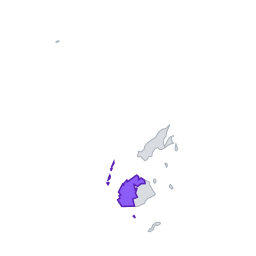 location of Western within Fiji, rotated 341°
{"feature_id": "FJI-2620", "entity_name": "Western", "entity_type": "Division", "adm_level": 1, "iso_a3": "FJI", "parent_name": "Fiji", "parent_adm1": "", "projection": "natural_earth1", "projection_center": [177.638, -19.194], "detail": "coarse", "context": "in_parent", "style": "filled", "palette": "violet", "viewbox_px": 256, "rotation_deg": 341, "n_neighbors": 0, "source": "natural_earth", "source_scale": "10m", "svg_char_len": 2885}
<svg xmlns="http://www.w3.org/2000/svg" viewBox="0 0 256 256"><g transform="rotate(341 128 128)"><path d="M122.0,177.1L122.0,178.5L122.8,179.1L123.6,179.2L125.5,181.9L128.5,184.1L130.4,185.9L130.5,187.4L129.9,189.0L130.7,191.8L131.0,194.8L132.4,199.5L130.5,200.4L127.5,200.5L126.8,201.3L125.8,200.8L123.4,201.2L121.0,202.7L118.8,204.8L116.2,204.8L113.3,205.2L110.4,205.0L108.4,203.8L104.8,202.6L100.0,201.6L98.0,200.7L96.3,199.4L94.8,195.9L94.6,194.2L94.8,192.6L96.2,192.1L97.4,191.2L97.5,190.2L98.1,189.4L98.7,189.1L99.1,188.6L98.6,186.9L98.5,185.3L101.2,182.4L104.3,179.9L109.6,177.6L112.9,177.8L117.9,176.1L119.5,175.2L121.1,175.7L122.0,177.1ZM168.2,139.1L164.1,143.3L162.7,145.5L161.4,147.9L158.0,150.4L156.5,153.9L156.6,157.4L160.1,153.7L163.9,150.7L165.1,150.1L166.3,150.2L166.2,151.2L165.7,152.2L165.2,154.8L166.2,157.3L163.4,157.0L160.5,157.3L157.1,158.6L153.8,159.2L152.6,159.2L151.4,158.8L150.6,158.1L150.0,156.4L149.4,156.2L146.8,156.3L142.8,159.5L141.5,162.2L140.0,162.3L138.2,161.7L136.1,163.8L133.5,164.6L132.4,162.8L131.6,160.7L130.7,159.1L127.9,158.7L128.3,156.7L129.1,155.9L129.8,154.7L130.2,153.4L131.5,154.3L132.9,154.8L134.5,153.8L136.1,153.7L137.8,150.8L140.3,149.0L143.8,147.6L147.4,146.6L149.2,146.4L151.0,145.8L154.1,143.1L156.2,141.7L158.4,140.8L160.6,140.3L162.6,140.8L164.1,140.6L168.2,138.6L168.2,139.1ZM127.5,227.7L127.5,229.0L124.1,229.9L122.9,228.8L122.2,228.6L120.1,230.6L119.5,231.4L119.3,232.0L118.8,232.3L115.0,233.3L113.4,232.3L114.5,231.7L115.9,230.4L117.3,230.6L118.7,229.4L120.1,227.5L122.0,227.1L123.4,226.4L125.7,226.9L127.5,227.7ZM168.2,164.2L166.2,165.4L165.4,164.2L166.3,161.4L168.2,158.6L168.1,160.9L168.2,164.2ZM150.6,200.1L150.4,200.4L148.1,197.9L148.1,196.9L148.6,196.0L149.5,195.1L150.3,196.6L151.0,199.0L150.6,200.1ZM136.7,188.4L135.3,188.9L134.5,187.0L135.6,185.1L136.8,184.9L137.3,186.8L136.7,188.4ZM152.6,176.9L151.7,177.8L151.3,173.4L152.2,173.5L152.9,173.9L153.3,175.0L152.6,176.9ZM94.0,170.0L92.6,170.5L93.3,168.0L94.1,167.2L94.6,167.1L95.4,166.9L95.1,168.7L94.0,170.0ZM90.9,23.6L89.8,23.9L88.1,23.7L87.8,23.2L88.3,23.1L89.4,22.7L90.8,22.9L91.0,23.2L90.9,23.6ZM168.2,150.8L167.9,150.9L167.8,150.3L168.2,149.2L168.2,150.8Z" fill="#d9dde1" stroke="#a8b0b8" stroke-width="1"/><path d="M108.7,204.0L96.7,200.2L94.8,192.5L97.4,191.7L97.6,189.0L99.4,189.0L98.1,185.6L104.6,179.2L105.5,181.1L105.5,179.4L110.0,176.8L110.1,178.6L120.9,175.4L122.2,177.5L121.1,180.2L124.3,179.6L126.5,182.7L126.1,186.1L122.1,185.0L118.2,186.4L115.3,183.3L114.7,188.7L117.2,187.5L113.8,192.1L114.4,196.4L109.3,196.7L108.7,204.0ZM92.4,170.5L95.4,166.8L95.4,168.0L94.1,170.0L92.4,170.5ZM99.2,160.1L103.6,155.4L103.3,156.8L99.2,160.1ZM90.2,173.1L91.7,173.1L92.1,173.7L90.7,175.1L90.2,173.1ZM104.3,213.1L105.2,212.8L105.5,215.5L104.3,213.1ZM99.6,161.2L98.5,162.3L98.3,163.3L98.3,161.1L99.6,161.2Z" fill="#8b5cf6" stroke="#5b21b6" stroke-width="1.5"/></g></svg>